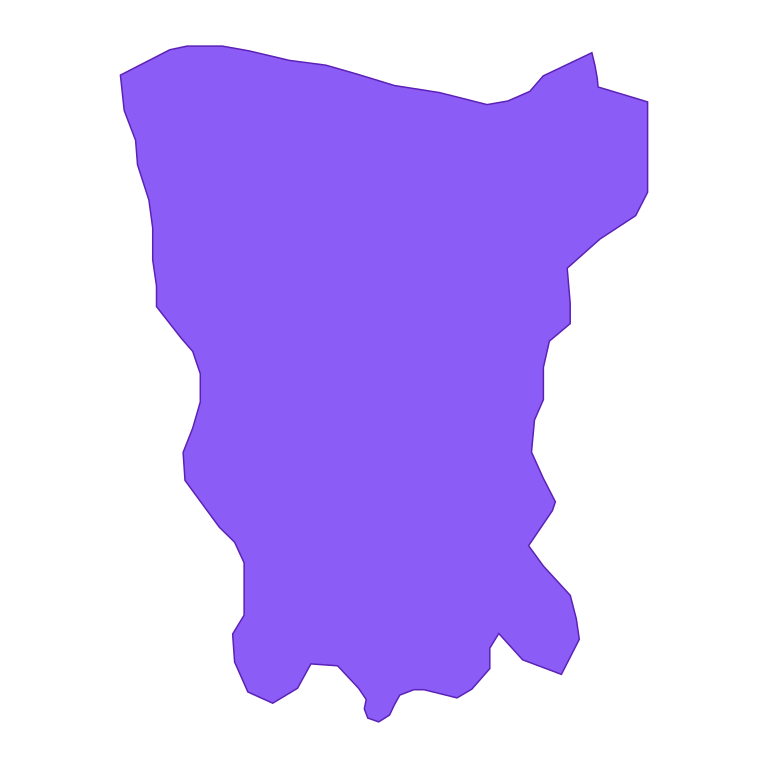 outline of Yanggu-gun, Gangwon, South Korea
{"feature_id": "91817680B23922363914919", "entity_name": "Yanggu-gun", "entity_type": "district", "adm_level": 2, "iso_a3": "KOR", "parent_name": "South Korea", "parent_adm1": "Gangwon", "projection": "natural_earth1", "projection_center": [128.002, 38.166], "detail": "fine", "context": "isolated", "style": "filled", "palette": "violet", "viewbox_px": 768, "rotation_deg": 0, "n_neighbors": 0, "source": "geoboundaries", "source_scale": "gbopen_adm2", "svg_char_len": 1146}
<svg xmlns="http://www.w3.org/2000/svg" viewBox="0 0 768 768"><path d="M591.9,52.7L543.2,75.9L529.8,91.4L507.8,101.0L487.1,104.6L439.5,92.6L394.3,85.5L359.0,74.7L326.0,65.2L289.4,60.4L249.2,50.9L222.3,46.1L187.0,46.1L169.9,49.7L120.4,75.1L124.2,110.5L135.6,140.4L137.5,164.7L148.9,200.1L152.7,228.1L152.7,259.9L156.5,286.0L156.5,306.6L181.3,338.3L192.7,351.4L200.3,373.8L200.3,401.9L192.7,428.1L183.1,452.4L185.0,480.4L219.3,527.2L234.6,542.2L244.1,562.8L244.1,587.1L244.1,615.2L232.7,633.9L232.9,637.9L234.6,662.0L247.9,692.0L272.7,703.2L297.5,688.3L310.9,663.9L337.6,665.8L358.6,688.3L366.2,699.5L364.3,708.9L367.8,718.1L378.7,721.9L389.6,715.0L394.3,705.0L399.8,695.1L413.9,689.7L424.0,689.7L457.0,697.9L471.9,689.1L489.8,668.6L489.8,648.1L498.8,633.5L522.6,659.8L561.4,674.4L579.3,639.3L576.3,618.8L570.3,595.4L543.5,566.2L528.6,545.7L552.4,510.6L555.4,501.8L543.4,478.5L531.5,452.1L534.5,420.0L543.4,399.6L543.4,367.4L549.4,341.1L570.2,323.6L570.2,303.2L567.2,268.2L600.0,239.0L635.7,215.6L647.6,192.3L647.6,151.5L647.6,101.9L616.1,92.4L598.1,87.0L597.3,78.6L595.0,65.7L591.9,52.7Z" fill="#8b5cf6" stroke="#5b21b6" stroke-width="1.5"/></svg>